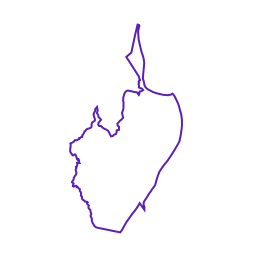 Careiro da Várzea, Amazonas, Brazil (Mercator projection), rotated 102°
{"feature_id": "56859067B24490966287656", "entity_name": "Careiro da Várzea", "entity_type": "district", "adm_level": 2, "iso_a3": "BRA", "parent_name": "Brazil", "parent_adm1": "Amazonas", "projection": "mercator", "projection_center": [-59.635, -3.304], "detail": "fine", "context": "isolated", "style": "outline", "palette": "violet", "viewbox_px": 256, "rotation_deg": 102, "n_neighbors": 0, "source": "geoboundaries", "source_scale": "gbopen_adm2", "svg_char_len": 4358}
<svg xmlns="http://www.w3.org/2000/svg" viewBox="0 0 256 256"><g transform="rotate(102 128 128)"><path d="M231.7,113.9L230.9,113.5L229.1,112.7L225.7,111.6L222.7,110.8L222.0,110.5L220.7,110.1L215.3,107.8L209.9,105.4L207.1,103.9L202.9,102.2L199.1,101.0L204.6,95.0L201.7,95.5L200.2,96.7L197.6,97.2L195.2,96.5L192.9,95.5L187.3,93.5L184.7,92.3L182.4,91.5L180.4,90.5L178.2,89.6L175.5,89.4L174.6,89.4L172.5,89.3L170.3,89.1L169.2,88.9L167.4,88.7L163.9,88.1L163.1,87.7L160.5,86.7L159.2,86.2L155.7,84.6L152.0,82.6L146.2,80.3L142.0,78.7L141.2,78.4L138.1,77.4L133.7,75.9L130.2,74.9L126.7,74.9L123.0,75.0L120.0,75.2L115.0,75.6L111.4,76.4L108.9,76.9L107.8,77.3L106.0,77.9L104.1,78.6L102.0,79.6L100.5,80.5L98.7,81.4L95.4,83.0L93.5,84.2L92.0,85.3L90.0,86.9L87.9,88.5L87.2,89.1L85.1,91.6L86.4,92.9L87.6,95.8L88.2,100.3L88.2,102.0L88.1,105.3L88.1,106.9L87.6,111.1L86.6,114.6L85.8,117.3L84.4,119.4L82.5,120.9L78.8,122.4L76.9,123.6L74.8,124.0L65.5,125.1L64.3,125.2L63.1,125.4L60.9,125.7L58.0,126.7L55.1,128.0L53.4,129.0L51.0,130.5L45.5,133.1L41.8,134.8L39.1,136.0L34.2,137.4L33.0,137.8L31.7,138.1L30.4,138.3L28.6,138.2L27.6,138.2L26.3,138.1L25.6,138.2L24.9,138.7L24.8,139.8L24.1,140.1L34.9,140.4L53.5,140.4L56.2,142.4L58.8,144.4L60.1,143.2L70.8,132.6L75.5,128.0L76.6,127.6L77.4,127.1L78.2,126.5L78.8,126.2L79.3,126.9L80.0,127.2L80.9,127.1L81.6,126.4L82.5,126.8L83.1,126.7L83.9,126.3L84.6,125.8L85.7,126.0L86.2,125.5L86.5,124.3L86.5,123.4L86.6,122.5L87.2,121.7L87.8,121.1L88.3,121.7L88.8,122.1L89.3,122.7L89.6,123.5L89.9,124.2L90.6,124.4L91.7,124.1L92.5,124.0L93.4,124.3L92.3,125.5L91.5,126.2L91.3,126.9L91.5,129.9L91.3,131.6L91.4,132.9L91.4,135.3L91.6,136.6L93.0,137.9L95.1,138.7L99.3,138.9L102.3,138.5L103.8,137.7L108.8,136.7L111.2,136.5L111.8,136.6L114.4,137.0L116.0,136.3L119.0,134.9L121.0,136.1L122.7,137.4L124.1,138.2L125.9,139.3L127.6,138.7L128.7,137.0L131.8,136.5L132.6,138.6L134.3,138.3L136.4,138.6L137.4,140.3L139.0,141.2L139.7,142.9L138.0,144.3L136.1,145.7L134.7,147.0L134.0,149.1L133.7,151.0L132.9,152.9L131.7,154.9L132.0,156.6L130.8,157.9L128.7,157.8L127.2,157.0L125.6,156.1L124.4,157.6L123.3,159.1L121.5,159.9L119.8,161.5L117.5,161.3L115.8,161.8L114.6,162.4L113.9,162.7L116.4,164.0L118.3,163.6L120.2,164.4L121.9,164.5L123.6,163.8L124.2,163.3L125.0,162.9L126.0,162.3L127.0,162.0L127.9,162.1L128.5,162.6L129.1,163.4L129.8,164.0L130.4,164.3L131.3,164.3L132.4,164.4L133.4,164.0L134.3,164.0L135.1,164.1L135.7,164.7L136.1,165.4L136.5,165.9L136.9,166.7L137.3,167.5L137.9,168.2L138.6,168.6L139.4,169.0L140.0,169.2L140.3,169.8L141.0,169.9L141.6,170.0L142.3,170.1L142.9,170.4L143.8,170.6L144.6,171.2L145.6,170.9L146.3,171.0L146.5,171.7L147.0,172.4L147.6,172.7L148.0,173.7L148.9,173.4L149.3,174.1L150.3,175.0L150.8,175.8L150.7,176.6L151.1,177.7L152.1,177.8L153.1,178.5L153.6,179.2L154.4,180.1L154.7,180.6L155.1,181.1L155.8,180.7L156.6,180.7L157.3,180.4L158.5,180.2L159.6,180.3L160.5,180.1L161.3,180.0L162.2,179.8L163.0,179.7L163.6,179.2L164.2,178.5L165.0,178.0L165.3,177.3L166.2,176.7L166.2,175.9L165.4,175.3L164.8,174.5L165.2,173.7L165.8,173.2L166.5,172.9L167.0,172.5L167.9,172.0L168.8,171.6L168.7,170.6L169.4,170.8L170.0,170.3L169.5,169.4L170.3,169.0L171.0,168.8L171.7,168.9L172.3,168.3L172.5,169.4L172.7,170.6L173.7,170.1L174.4,170.0L175.4,170.0L176.5,170.1L177.0,170.9L177.7,170.5L178.3,170.2L179.4,170.5L180.4,170.3L181.3,169.8L182.3,169.2L183.2,169.1L184.2,169.1L185.2,169.6L186.1,170.0L186.9,170.2L188.1,170.6L188.8,170.6L189.5,170.5L190.4,170.7L191.9,171.4L192.8,171.5L193.1,170.7L193.3,170.0L193.8,169.6L194.5,169.7L195.3,170.0L196.4,169.8L196.6,169.1L196.1,168.3L195.8,167.7L195.3,166.6L195.7,165.9L196.5,165.8L196.3,164.9L196.9,164.3L197.4,163.4L197.7,162.5L198.5,162.3L199.2,162.2L199.9,161.8L200.5,160.9L201.3,160.3L202.2,160.2L202.9,160.1L204.0,160.0L204.2,159.4L204.7,158.7L205.7,158.6L206.8,158.1L207.4,157.6L207.7,156.9L208.0,156.0L208.3,155.3L208.9,154.7L208.8,153.4L208.7,152.6L209.1,152.0L210.3,152.4L210.9,151.9L211.3,151.2L211.7,150.6L212.2,150.1L213.2,150.4L214.7,149.8L215.2,149.3L215.6,148.3L216.1,147.7L217.1,147.4L217.9,147.1L218.7,146.7L219.6,146.0L220.2,146.1L221.0,146.4L221.7,146.3L222.5,146.0L223.0,145.3L223.8,144.9L224.5,144.4L225.4,144.3L226.1,144.2L227.1,143.6L227.7,143.2L228.4,142.7L229.2,141.9L230.1,141.1L230.8,140.5L231.2,139.9L231.6,139.1L231.9,137.8L231.8,125.6L231.7,113.9Z" fill="none" stroke="#5b21b6" stroke-width="2"/></g></svg>